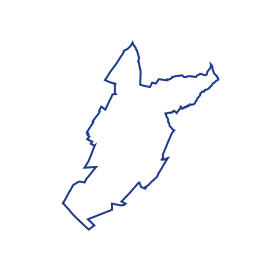 the district of Atitalaquia, Hidalgo, Mexico, rotated 311°
{"feature_id": "50627088B26286017381261", "entity_name": "Atitalaquia", "entity_type": "district", "adm_level": 2, "iso_a3": "MEX", "parent_name": "Mexico", "parent_adm1": "Hidalgo", "projection": "albers", "projection_center": [-99.201, 20.06], "detail": "fine", "context": "isolated", "style": "outline", "palette": "blue", "viewbox_px": 256, "rotation_deg": 311, "n_neighbors": 0, "source": "geoboundaries", "source_scale": "gbopen_adm2", "svg_char_len": 5643}
<svg xmlns="http://www.w3.org/2000/svg" viewBox="0 0 256 256"><g transform="rotate(311 128 128)"><path d="M69.5,121.2L72.1,123.9L76.4,128.1L77.7,129.5L75.6,129.5L68.5,129.9L61.9,130.0L58.5,131.0L58.2,130.8L57.8,129.9L57.2,129.0L56.0,126.8L55.0,126.0L52.2,125.1L49.3,124.1L48.9,124.2L48.0,124.3L47.1,124.4L46.6,124.7L46.3,124.6L43.0,125.4L42.6,125.5L42.3,125.4L42.1,125.4L39.9,125.9L37.9,126.3L36.3,126.8L28.8,128.3L28.4,128.3L28.4,129.1L28.5,129.0L27.6,137.6L27.3,138.4L26.8,141.9L26.4,145.9L26.0,152.8L25.6,165.0L32.4,166.5L32.8,157.6L55.8,169.6L60.4,165.5L64.9,173.4L67.2,175.4L67.5,175.6L69.3,175.8L68.2,171.3L75.2,171.7L80.0,171.9L81.5,171.9L84.8,171.9L92.4,171.9L92.9,172.0L93.6,171.9L94.3,172.4L94.0,172.9L93.6,173.7L92.3,176.1L92.1,176.4L93.1,179.7L93.3,180.6L94.0,180.7L94.8,180.7L95.0,179.9L95.7,180.2L96.2,180.3L98.0,180.7L99.2,180.9L101.7,181.0L102.3,181.0L110.0,181.9L113.0,181.2L113.3,180.8L113.8,180.7L114.6,180.7L116.8,180.3L119.2,179.9L120.3,179.7L120.8,179.6L121.0,179.6L123.3,179.1L128.0,178.3L128.5,178.2L129.0,178.1L130.4,178.0L131.5,177.8L131.0,177.5L130.5,177.3L129.9,177.0L129.4,176.9L129.0,176.6L128.3,176.4L128.2,176.2L127.8,175.8L127.0,175.2L126.3,174.1L126.6,174.0L127.0,174.0L127.2,174.3L127.4,174.2L129.0,173.9L130.1,172.2L130.6,171.8L139.1,169.0L143.9,167.3L146.3,166.6L152.9,164.5L156.5,164.4L156.4,164.1L156.3,163.4L156.2,162.4L156.3,161.8L156.7,160.3L156.8,160.0L156.7,159.6L156.7,159.1L156.8,158.5L157.4,157.3L158.2,156.4L158.7,155.7L158.9,155.0L158.9,154.3L159.1,153.9L159.7,153.6L160.5,153.0L160.6,152.9L161.4,151.2L161.5,150.3L162.5,148.7L163.0,147.4L163.6,146.7L164.6,147.9L165.8,148.3L166.8,149.5L167.4,150.4L168.3,150.3L169.3,151.4L170.9,151.1L171.4,152.6L171.2,154.9L174.0,154.6L175.2,154.4L175.3,154.6L175.9,154.6L176.4,154.7L177.3,154.9L177.9,155.5L178.2,155.6L178.3,155.8L178.3,155.6L178.3,154.7L178.4,153.7L178.8,153.7L178.4,156.5L181.0,157.1L180.9,157.7L183.5,158.1L183.4,158.8L184.7,159.0L184.7,159.3L186.6,159.3L187.1,160.7L189.2,162.1L189.8,162.3L190.5,162.3L192.4,161.6L193.5,161.8L194.1,161.5L194.6,161.4L194.9,161.2L195.7,160.9L195.9,160.9L196.3,160.9L196.5,161.0L196.8,161.1L197.0,161.2L197.3,161.0L197.5,161.0L198.2,160.9L198.4,160.9L199.6,161.0L200.0,161.0L200.6,160.8L200.9,160.3L201.4,160.0L201.6,159.9L202.0,160.0L202.7,160.1L203.4,160.1L203.6,160.1L203.9,160.0L204.1,160.1L204.3,160.3L204.5,160.4L204.8,160.9L205.0,161.3L205.2,161.5L205.9,161.6L206.1,161.5L206.3,161.4L206.4,161.2L206.7,161.1L206.9,161.1L207.3,161.2L207.5,161.3L207.7,161.5L208.3,161.9L208.5,162.1L208.7,162.3L209.2,162.5L209.6,162.6L210.1,162.7L210.5,163.0L210.8,163.0L211.6,162.9L212.0,163.2L212.5,163.2L212.9,163.0L213.1,163.0L213.4,162.9L213.9,163.2L214.7,163.2L215.1,163.2L215.5,163.1L216.3,163.0L216.5,163.0L216.7,162.9L217.2,162.8L218.1,163.1L218.5,163.2L219.1,163.4L219.9,163.6L220.7,163.6L221.2,163.5L223.4,164.4L223.9,164.4L224.3,163.7L224.8,163.2L224.8,162.1L225.1,161.3L225.6,160.6L225.4,159.8L225.6,159.0L225.6,158.3L225.6,157.6L226.2,156.1L226.8,155.2L227.4,154.0L228.3,153.0L228.8,152.2L229.5,151.3L230.1,150.4L230.3,149.6L230.4,148.8L230.0,149.3L228.7,150.0L227.9,150.6L226.8,150.9L225.7,150.8L224.0,150.9L222.5,151.0L221.0,151.9L220.2,152.2L219.0,152.1L218.6,151.6L218.0,150.9L217.4,149.6L217.1,148.6L216.8,147.8L216.2,146.8L215.3,146.7L214.0,146.2L213.3,145.9L212.8,145.7L211.8,145.8L211.3,145.9L211.0,145.6L210.7,145.0L210.3,144.7L209.9,144.4L209.7,143.9L209.6,143.4L209.5,143.1L209.2,142.7L208.8,142.5L208.6,142.2L208.4,141.4L208.0,141.0L207.7,140.7L207.3,140.4L206.5,139.4L206.2,139.1L205.8,138.7L205.4,138.7L205.1,138.7L204.7,138.5L204.2,138.1L204.1,137.9L203.5,137.2L203.2,136.7L203.1,136.0L203.4,135.4L203.4,134.9L203.1,134.3L203.1,134.1L202.8,133.9L202.6,133.6L202.0,133.3L201.1,132.7L200.5,131.7L198.1,129.8L198.1,129.6L197.9,129.4L197.4,129.3L196.4,128.7L195.8,128.2L195.4,127.9L195.0,128.3L194.2,128.2L193.1,127.8L192.8,127.5L192.3,127.5L191.7,127.2L190.4,125.7L189.8,126.4L189.4,125.9L187.8,123.6L187.2,122.6L187.0,122.2L185.9,120.5L185.0,119.2L184.6,119.2L184.3,119.3L183.8,119.4L183.3,119.4L181.8,119.6L181.5,119.7L180.8,119.8L180.2,119.9L179.9,119.9L178.1,116.5L177.8,116.4L177.6,116.6L177.4,116.7L175.6,117.1L175.1,117.3L173.7,117.6L173.2,117.7L171.5,114.4L169.8,111.4L168.7,108.8L169.5,108.1L175.9,103.0L178.4,100.9L178.8,100.6L180.0,98.9L180.6,98.6L180.5,98.3L181.5,96.9L182.1,96.2L182.3,95.9L183.8,94.1L184.2,93.7L185.3,92.1L185.1,91.9L187.8,90.7L188.6,89.7L189.1,88.8L189.4,88.4L190.7,86.5L190.7,86.4L191.4,85.4L191.5,85.2L192.6,83.6L192.6,83.4L192.4,83.2L192.6,82.8L192.8,82.4L193.2,81.7L193.6,81.0L194.1,78.8L194.4,77.2L194.9,76.4L195.4,75.4L193.8,75.8L191.1,76.1L190.1,76.1L189.4,76.0L187.8,75.8L186.3,75.4L185.2,74.8L184.7,74.6L184.3,74.6L183.9,74.4L183.4,74.2L182.6,74.8L182.3,75.0L181.6,75.2L181.0,75.3L176.0,75.9L173.0,76.4L170.2,76.8L167.0,77.2L163.4,77.4L159.5,77.7L156.6,78.1L152.3,78.9L150.8,79.0L149.6,79.1L149.0,79.2L151.0,85.4L151.3,85.4L152.1,88.1L152.6,88.0L153.1,89.5L150.4,91.0L149.1,92.3L147.7,93.5L146.4,94.6L146.0,95.1L145.6,96.5L144.0,95.0L143.2,94.3L138.9,95.6L137.2,95.9L135.9,96.3L131.9,97.5L126.9,98.8L126.8,98.3L126.9,97.9L126.8,96.4L126.7,94.6L126.6,93.8L124.0,94.4L123.1,94.6L121.9,95.0L121.8,95.4L121.8,95.9L120.2,96.3L118.7,96.4L115.2,96.6L113.0,96.7L110.2,96.9L109.9,97.0L110.0,97.3L110.1,97.6L110.0,97.9L109.9,98.0L102.3,99.1L97.5,99.8L97.4,99.9L97.8,101.3L96.9,101.5L97.3,102.1L96.3,102.4L96.4,102.6L96.2,102.7L96.3,104.4L92.8,104.6L93.2,106.2L93.5,107.6L94.2,110.0L91.7,110.3L92.1,111.6L92.3,112.9L92.6,114.1L93.3,114.3L91.1,115.0L82.1,118.3L80.2,118.9L77.4,119.9L71.1,121.0L69.5,121.2Z" fill="none" stroke="#1e3a8a" stroke-width="2"/></g></svg>